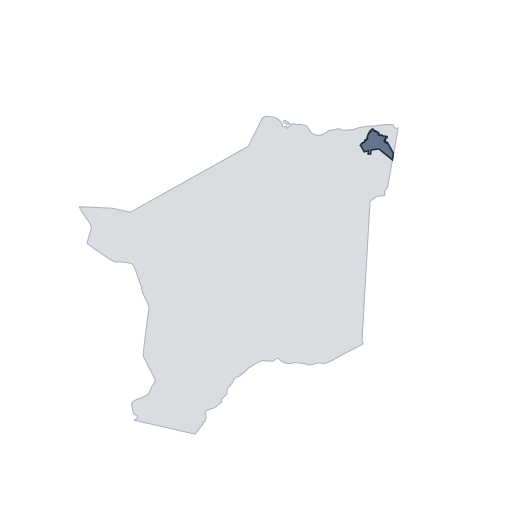 Kinango, Coast, Kenya shown in context, rotated 241°
{"feature_id": "3690345B23512246754033", "entity_name": "Kinango", "entity_type": "district", "adm_level": 2, "iso_a3": "KEN", "parent_name": "Kenya", "parent_adm1": "Coast", "projection": "robinson", "projection_center": [39.255, -3.945], "detail": "fine", "context": "in_parent", "style": "filled", "palette": "slate", "viewbox_px": 512, "rotation_deg": 241, "n_neighbors": 0, "source": "geoboundaries", "source_scale": "gbopen_adm2", "svg_char_len": 6263}
<svg xmlns="http://www.w3.org/2000/svg" viewBox="0 0 512 512"><g transform="rotate(241 256 256)"><path d="M127.3,307.3L127.2,301.0L127.9,285.2L127.8,271.2L128.5,264.3L131.6,259.9L133.0,256.6L134.0,252.2L135.6,248.5L139.2,245.5L139.8,243.9L143.7,238.9L145.9,232.5L147.7,230.4L149.8,228.3L151.4,227.3L153.9,226.2L155.8,225.6L156.2,225.1L156.4,224.1L155.7,220.1L156.5,218.8L157.9,216.2L159.4,213.7L160.8,212.2L161.6,210.5L161.9,207.8L162.0,205.8L162.0,202.6L161.6,195.2L159.9,189.1L159.0,182.2L159.7,180.0L158.4,176.0L157.8,175.7L156.8,174.8L155.4,171.1L154.4,167.6L153.8,166.7L149.5,163.7L147.4,156.6L144.9,155.0L143.6,147.9L143.4,145.9L144.8,138.8L144.6,137.2L143.2,135.7L139.1,134.2L135.9,131.2L136.3,130.2L136.5,129.2L134.8,128.4L129.8,116.3L136.3,109.1L142.8,101.7L151.2,92.4L158.9,83.8L165.6,76.4L171.5,69.8L171.4,71.1L171.4,72.8L172.1,73.8L173.4,74.5L175.0,73.8L176.5,72.7L178.0,72.5L186.9,75.3L188.4,77.7L188.3,80.2L188.6,82.1L188.0,84.0L187.2,89.6L187.4,94.9L190.1,98.7L192.5,101.7L194.4,106.0L195.8,107.3L197.7,108.0L203.8,108.1L212.9,108.4L221.6,108.7L222.4,108.8L224.3,109.4L232.3,115.1L239.6,120.3L245.9,124.9L251.9,129.3L257.8,133.7L262.3,137.2L266.8,138.3L274.1,138.8L279.2,139.0L283.8,140.5L290.8,141.9L296.0,142.6L299.1,143.5L307.8,144.3L309.2,143.8L313.0,139.8L317.3,133.4L319.0,129.8L324.5,126.3L334.3,121.4L341.1,117.9L348.8,114.4L352.2,117.4L357.0,122.3L359.1,124.7L360.9,125.7L363.5,126.5L366.6,126.5L368.3,126.4L371.9,125.7L380.1,125.2L384.8,125.2L380.9,131.6L376.1,139.4L367.4,153.6L360.7,161.1L355.7,166.7L355.2,167.7L355.2,174.0L355.3,189.4L355.4,220.2L355.5,251.0L355.6,281.9L355.7,297.3L355.7,302.4L360.1,308.9L364.4,315.2L370.2,323.6L373.2,328.1L373.7,329.6L373.6,332.6L368.8,338.9L365.0,341.7L359.8,343.1L358.3,342.8L356.2,341.9L355.4,343.4L354.8,345.8L353.7,345.3L352.8,344.6L353.3,348.8L353.9,350.8L353.1,353.6L350.5,356.0L350.3,358.1L344.9,363.5L337.1,364.0L333.1,366.7L331.3,368.9L329.9,373.7L330.4,381.0L328.2,386.6L327.8,389.4L323.8,393.1L322.0,396.5L320.7,399.9L319.6,401.4L318.2,409.0L316.4,413.7L315.9,415.2L315.4,416.6L314.0,419.3L313.0,421.2L312.4,422.4L307.7,434.3L304.0,439.7L301.1,439.1L299.2,441.2L299.0,442.2L297.9,441.6L295.5,439.6L290.6,435.6L285.6,431.6L280.7,427.5L275.7,423.5L270.8,419.4L265.8,415.4L260.9,411.4L255.9,407.3L253.0,404.9L251.7,403.5L250.7,400.8L250.2,400.1L248.9,399.2L247.4,399.0L246.9,398.5L246.9,397.1L247.5,395.2L249.3,391.5L249.5,389.3L249.1,386.8L248.6,382.8L248.1,381.9L244.8,379.9L237.9,375.5L231.0,371.2L224.1,366.8L217.3,362.5L210.4,358.1L203.5,353.8L196.6,349.4L189.7,345.1L182.8,340.7L176.0,336.4L169.1,332.0L162.2,327.7L155.3,323.3L148.4,319.0L141.5,314.6L134.6,310.3L132.1,308.6L129.7,307.3L127.3,307.3ZM356.2,349.5L355.0,349.8L355.6,347.7L359.1,345.1L360.6,345.7L360.9,346.3L360.8,346.8L360.2,347.4L356.2,349.5Z" fill="#d9dde1" stroke="#a8b0b8" stroke-width="1"/><path d="M310.2,416.5L310.1,416.4L309.7,416.3L309.5,416.5L309.4,416.5L309.5,416.6L309.4,416.7L309.2,416.5L309.2,416.4L309.3,416.3L309.3,416.1L309.4,415.9L309.5,415.8L309.5,415.6L309.4,415.3L309.2,415.3L309.0,415.2L308.9,414.9L308.9,414.6L308.8,414.3L308.7,414.3L308.6,414.2L308.6,413.8L308.6,413.7L308.4,413.6L308.1,413.4L307.9,413.3L307.9,413.0L307.9,412.9L307.8,412.7L307.7,412.6L307.3,412.2L307.1,412.1L306.9,411.8L306.9,411.7L306.6,411.5L306.4,411.5L306.3,411.3L305.9,410.9L305.8,410.7L305.7,410.7L305.4,410.5L305.4,410.4L305.1,410.3L304.9,410.3L304.7,410.5L304.6,410.4L304.5,410.2L304.4,410.2L304.2,409.9L304.1,409.7L304.1,409.4L304.2,409.1L304.3,409.0L304.4,408.9L304.4,408.7L304.2,408.6L304.2,408.4L304.4,408.4L304.5,408.3L304.5,408.2L304.6,407.8L304.5,407.7L304.4,407.5L304.5,407.3L304.4,407.2L304.1,407.3L303.9,407.4L303.8,407.2L303.7,407.2L303.4,406.9L303.3,406.7L303.2,406.3L303.2,406.2L303.0,405.9L303.0,405.7L303.2,405.1L303.2,404.9L303.3,404.7L303.2,404.4L303.3,404.3L303.3,404.2L303.2,404.0L303.3,403.9L303.2,403.8L303.2,403.7L302.9,403.5L302.9,403.4L303.0,403.1L303.0,402.6L303.0,402.4L303.0,402.2L302.9,402.0L302.7,401.9L302.4,401.8L302.4,401.7L302.2,401.4L302.1,401.2L302.1,400.9L301.9,401.0L301.7,401.0L301.3,401.1L294.6,401.1L294.1,403.4L293.6,405.3L290.8,403.4L290.1,404.8L289.6,405.7L290.9,406.6L292.9,408.0L290.1,415.4L287.5,416.4L286.0,417.0L273.9,421.9L279.2,426.0L291.8,426.0L291.8,425.8L291.6,424.6L291.8,424.6L292.0,424.9L292.1,425.0L292.4,425.0L292.5,425.1L292.8,424.9L292.9,424.7L293.0,424.6L293.1,424.4L293.2,424.2L293.3,423.9L293.5,423.9L293.6,424.0L293.6,424.4L293.7,424.5L293.8,424.5L294.0,424.2L294.2,424.3L294.3,424.3L294.3,424.2L294.2,424.1L294.2,423.9L294.3,423.8L294.5,424.0L294.6,424.3L294.7,424.5L294.4,424.5L294.5,424.7L294.5,424.8L294.4,424.9L294.4,425.0L294.6,425.1L294.8,425.2L294.9,425.4L295.0,425.4L295.1,425.2L295.3,425.2L295.4,425.4L295.3,425.5L295.5,425.8L295.7,426.0L295.8,426.1L296.0,426.2L296.0,426.4L295.9,426.5L296.0,426.6L296.0,426.8L296.0,427.2L296.1,427.3L296.0,427.5L295.9,427.7L296.1,428.0L296.2,428.3L296.3,428.4L296.6,428.5L296.7,428.4L296.8,428.5L297.0,428.7L297.0,428.8L297.1,428.6L297.2,428.4L297.3,428.3L297.3,428.2L297.2,428.1L297.3,428.0L297.2,428.0L297.2,427.9L297.3,427.8L297.2,427.7L297.3,427.7L297.5,427.5L297.7,427.4L297.8,427.3L297.9,427.1L298.1,426.7L298.6,426.4L298.7,426.0L299.1,425.6L299.2,425.4L299.2,425.1L299.4,424.9L299.5,424.7L299.5,424.9L299.6,425.0L299.8,425.1L300.0,425.0L300.4,424.9L300.6,424.8L300.8,424.8L300.9,424.7L301.1,424.1L301.3,423.7L301.4,423.3L301.3,423.2L301.3,422.8L301.4,422.6L301.5,422.4L301.9,422.4L302.0,422.2L302.2,422.3L302.3,422.4L302.5,422.3L303.0,422.5L303.2,422.4L303.4,422.4L303.4,422.5L303.5,422.6L303.7,422.4L303.8,422.2L303.9,422.3L304.0,422.4L304.0,422.5L303.8,422.8L303.8,423.0L304.0,422.9L304.3,422.7L304.5,422.5L304.9,422.5L305.0,422.5L305.3,422.4L305.5,422.3L305.5,422.2L305.8,421.9L305.9,421.6L306.1,421.5L306.1,421.8L306.3,421.6L306.3,421.4L306.4,421.2L306.7,421.2L306.9,421.0L307.1,421.3L307.2,421.2L307.3,421.1L307.6,421.1L307.8,420.9L307.8,420.6L308.0,420.7L308.4,420.4L308.5,420.3L308.6,420.2L308.4,420.0L308.2,420.1L308.2,419.8L308.2,419.7L308.4,419.5L308.6,419.5L308.8,419.6L309.1,419.6L309.7,419.6L310.2,419.9L310.3,419.8L310.5,419.7L310.5,418.4L310.6,418.2L310.4,417.9L310.0,417.7L310.0,417.4L310.1,417.2L310.1,416.8L310.2,416.5Z" fill="#64748b" stroke="#1e293b" stroke-width="1.5"/></g></svg>